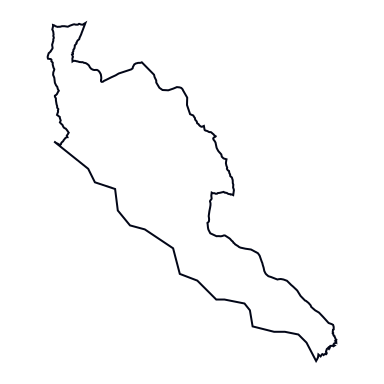 Juaben Municipal, Ashanti, Ghana
{"feature_id": "2480657B53382680619634", "entity_name": "Juaben Municipal", "entity_type": "district", "adm_level": 2, "iso_a3": "GHA", "parent_name": "Ghana", "parent_adm1": "Ashanti", "projection": "orthographic", "projection_center": [-1.389, 6.756], "detail": "fine", "context": "isolated", "style": "outline", "palette": "ink", "viewbox_px": 384, "rotation_deg": 0, "n_neighbors": 0, "source": "geoboundaries", "source_scale": "gbopen_adm2", "svg_char_len": 5710}
<svg xmlns="http://www.w3.org/2000/svg" viewBox="0 0 384 384"><path d="M48.0,58.7L50.8,59.1L51.5,59.9L51.4,61.3L52.7,62.6L52.7,64.6L53.5,67.7L54.3,69.2L54.1,70.2L53.3,72.3L53.1,74.9L54.3,77.8L54.9,82.8L56.2,85.6L57.2,86.7L57.8,89.0L58.8,90.8L58.4,91.2L56.8,94.3L56.1,94.9L54.9,95.7L54.9,96.7L55.9,98.4L55.9,100.3L56.6,104.5L57.1,105.9L57.2,107.7L57.7,108.4L58.3,109.1L58.2,109.8L57.9,110.6L58.1,111.9L57.7,112.8L57.0,114.9L59.8,117.0L59.9,118.2L60.7,120.5L59.9,122.4L61.4,124.0L62.4,124.8L63.3,126.8L64.2,127.9L65.8,128.7L67.1,130.3L68.7,132.7L68.6,132.8L67.7,134.4L66.8,135.6L67.4,137.1L67.2,137.1L65.6,137.8L63.8,140.0L63.7,140.2L63.5,140.4L63.4,140.7L63.3,140.8L63.2,141.1L62.9,141.4L62.5,141.8L61.9,142.2L61.5,142.7L61.3,143.0L61.2,143.3L61.0,144.1L60.7,144.5L60.4,144.7L59.9,144.7L59.2,144.6L58.9,144.4L58.4,144.1L57.9,143.8L57.5,143.6L57.0,143.4L56.5,143.1L56.1,142.9L55.6,142.6L54.8,141.9L54.2,141.6L88.2,168.8L94.9,182.3L115.1,189.0L117.8,210.5L130.0,225.4L144.8,229.4L173.1,248.3L179.8,273.9L197.3,280.6L216.2,299.5L224.3,299.5L244.5,303.5L249.9,310.3L252.6,326.4L274.1,331.8L284.9,331.8L298.4,334.5L306.5,342.6L316.1,361.0L317.2,359.1L317.4,358.6L318.0,357.4L318.4,354.5L320.6,356.4L321.4,355.2L322.3,354.1L323.2,354.5L323.6,355.0L324.2,354.5L325.3,354.1L325.7,354.1L326.2,354.2L326.4,353.9L325.8,353.7L325.5,353.5L326.5,352.5L326.0,351.5L326.6,349.8L326.8,349.1L327.8,348.2L328.1,348.4L328.5,348.7L328.6,347.7L328.9,347.7L329.5,348.2L329.7,347.7L329.4,346.9L330.2,346.7L330.4,346.2L330.4,345.9L332.6,345.8L333.4,346.3L334.3,345.7L333.9,345.6L333.3,345.3L333.6,344.3L334.4,343.3L335.0,343.3L335.5,342.7L335.6,342.3L336.3,342.7L336.2,341.3L335.3,340.8L335.8,340.3L336.3,339.8L335.6,339.1L335.3,338.2L334.8,337.2L334.5,336.1L333.8,335.8L333.4,334.9L333.4,334.4L332.7,333.4L332.9,333.0L333.1,332.8L332.7,332.1L333.0,329.7L333.7,329.4L333.7,326.9L333.1,324.9L331.7,324.1L328.6,323.0L323.2,317.0L319.0,312.6L315.1,310.3L311.3,307.0L310.6,305.3L308.6,303.0L306.0,300.9L305.0,300.5L300.6,296.0L297.2,290.5L293.0,286.5L291.1,284.9L287.0,280.8L283.5,279.5L280.8,279.0L278.7,279.2L277.5,279.5L276.1,279.0L271.0,277.0L268.4,276.2L266.2,274.3L265.5,273.4L264.3,271.0L263.6,267.6L262.8,265.1L262.3,263.0L261.7,261.6L260.8,259.0L259.6,255.6L257.9,253.2L251.0,249.5L245.4,248.7L240.4,247.6L238.9,246.9L238.0,246.1L237.3,245.7L235.1,244.3L234.3,243.3L233.4,242.7L233.1,242.0L232.4,241.2L231.9,240.9L231.4,240.4L230.2,239.0L229.5,238.4L228.3,237.6L225.0,235.5L224.0,235.4L222.3,236.0L220.8,236.3L218.5,236.1L216.5,236.2L210.3,233.3L208.4,229.6L208.0,227.8L207.6,223.8L207.4,223.0L208.3,222.2L208.9,221.4L209.1,219.6L209.0,218.1L208.7,216.1L209.4,211.1L210.1,207.6L210.5,205.1L210.5,203.1L210.0,201.5L210.1,200.9L210.5,200.3L211.4,199.2L211.6,198.7L211.6,198.1L211.3,195.8L211.7,192.6L212.8,193.2L214.4,193.2L215.4,193.6L215.9,193.8L217.2,193.6L217.7,193.1L220.0,192.8L221.6,192.4L223.7,191.9L224.5,192.6L225.4,192.6L226.0,192.9L226.8,192.9L227.7,193.6L229.1,194.1L230.2,194.1L230.8,194.6L231.7,194.4L233.2,195.1L233.9,190.2L233.7,189.1L233.1,187.6L233.3,184.6L232.8,183.2L232.7,180.1L232.2,178.6L232.1,178.1L231.8,177.4L230.3,176.2L230.1,174.9L230.1,174.4L229.3,173.0L229.0,171.0L227.8,170.3L226.9,168.8L227.2,167.7L226.4,165.6L225.9,163.2L226.2,160.8L226.4,159.7L226.5,159.3L223.5,158.4L221.8,156.7L221.3,154.4L218.5,151.3L217.5,149.6L216.6,147.8L215.5,142.5L214.6,141.0L213.5,139.6L213.2,138.6L213.6,137.7L215.5,136.6L215.7,136.3L214.9,135.8L214.6,135.5L214.3,135.3L213.9,134.8L213.5,134.3L212.6,133.6L211.3,132.4L210.9,132.2L210.7,132.1L210.4,132.1L209.5,132.1L208.8,131.9L208.6,131.8L208.4,131.7L208.0,131.4L207.4,131.1L207.1,131.0L206.6,130.8L205.6,130.6L205.2,130.4L204.9,130.2L204.7,130.0L204.6,129.8L204.5,129.3L204.0,126.6L204.0,126.3L203.9,125.9L201.9,126.8L200.6,126.4L199.3,125.3L198.5,124.1L197.2,123.3L196.7,121.4L195.2,119.7L194.9,118.0L194.0,116.8L193.3,115.5L190.1,114.2L187.0,105.0L187.2,97.6L183.0,90.3L182.8,89.7L182.4,89.1L182.0,88.6L181.7,88.4L181.5,88.2L181.2,87.9L180.2,87.6L179.7,87.4L176.9,87.1L173.3,88.6L168.3,90.3L162.5,90.0L159.4,87.8L156.3,82.6L156.2,80.4L154.6,77.1L154.0,74.7L141.8,62.3L140.7,62.8L138.0,62.9L137.0,63.2L136.0,63.4L134.3,64.4L132.9,67.0L132.6,68.4L131.2,69.4L119.3,73.3L118.7,73.5L115.7,75.3L111.3,77.3L105.1,80.4L104.7,80.5L104.0,80.9L103.1,81.6L102.9,81.7L101.8,81.9L101.2,81.5L101.1,81.3L101.0,80.9L101.0,79.7L101.2,79.1L101.3,78.3L101.3,77.8L101.2,77.0L101.2,76.6L101.1,76.1L101.0,75.4L100.9,74.8L100.8,74.3L100.3,73.4L99.8,72.4L99.1,71.5L98.5,70.8L98.2,70.6L97.9,70.4L96.9,69.9L94.2,70.0L93.7,69.9L93.4,69.8L93.1,69.8L92.7,69.5L92.3,69.4L91.9,69.2L91.3,68.8L91.1,68.7L90.8,68.4L90.6,68.1L89.9,67.3L88.9,65.4L87.4,64.1L85.9,63.2L85.6,63.1L85.2,63.0L84.8,62.9L84.3,62.9L83.9,62.8L83.2,62.4L82.3,62.1L82.1,62.1L81.8,62.2L81.4,62.2L80.4,62.1L79.4,62.0L78.8,61.8L77.2,61.3L76.8,61.3L75.3,60.9L73.7,60.9L73.3,61.0L72.9,61.1L72.5,61.4L72.4,59.5L72.4,59.0L72.4,58.2L73.0,56.9L72.5,55.8L72.0,54.5L73.0,54.0L73.0,53.5L72.5,52.7L73.3,51.4L73.4,49.8L74.4,48.4L74.8,46.3L74.8,45.4L76.5,43.5L76.4,42.6L76.9,42.0L77.5,40.6L79.2,39.2L79.6,37.7L81.1,34.5L81.9,32.2L82.2,31.5L85.4,23.0L82.6,24.7L80.9,24.5L79.4,23.9L78.9,23.9L77.8,24.7L75.9,24.7L74.3,24.3L73.2,24.5L69.9,25.7L68.1,26.6L67.7,26.7L64.5,26.2L62.0,26.2L60.0,26.8L59.1,26.7L57.6,26.9L55.4,26.2L54.5,25.5L53.0,25.0L53.1,26.3L52.9,27.0L52.3,29.6L52.7,30.2L53.2,31.5L53.3,32.2L53.4,32.8L53.5,34.0L53.6,34.8L53.4,35.3L53.3,35.7L53.4,36.4L53.7,37.0L53.8,37.5L53.8,38.0L53.4,38.9L53.3,39.4L53.3,40.9L53.2,41.3L53.0,41.6L52.9,42.2L52.1,44.8L52.6,47.9L52.5,48.4L52.3,48.8L51.4,50.1L51.2,50.6L50.8,50.9L50.7,51.4L50.1,52.0L48.7,53.2L48.1,55.1L47.7,56.4L47.7,57.6L48.0,58.7Z" fill="none" stroke="#020617" stroke-width="2"/></svg>